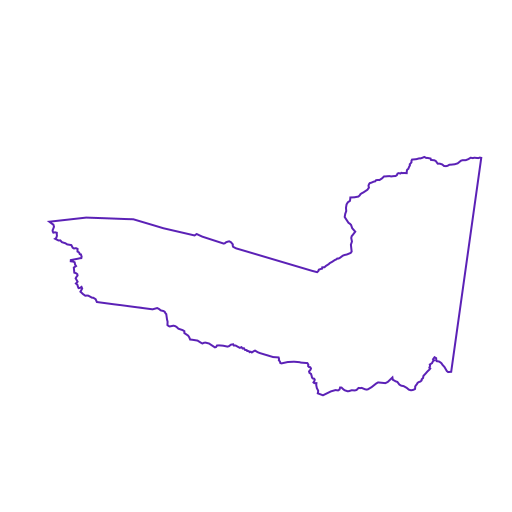 outline of São João da Baliza, Roraima, Brazil, rotated 278°
{"feature_id": "56859067B56754764067741", "entity_name": "São João da Baliza", "entity_type": "district", "adm_level": 2, "iso_a3": "BRA", "parent_name": "Brazil", "parent_adm1": "Roraima", "projection": "natural_earth1", "projection_center": [-59.862, 0.77], "detail": "fine", "context": "isolated", "style": "outline", "palette": "violet", "viewbox_px": 512, "rotation_deg": 278, "n_neighbors": 0, "source": "geoboundaries", "source_scale": "gbopen_adm2", "svg_char_len": 4651}
<svg xmlns="http://www.w3.org/2000/svg" viewBox="0 0 512 512"><g transform="rotate(278 256 256)"><path d="M384.5,465.4L384.6,463.9L383.9,462.6L383.8,460.9L383.7,458.5L383.1,457.1L383.2,454.9L381.4,452.7L380.1,450.4L379.6,447.2L378.9,445.7L375.8,442.8L374.5,440.0L373.6,436.5L373.3,434.8L372.0,433.2L371.4,431.6L371.3,429.7L372.6,427.6L373.0,425.3L372.7,423.1L375.0,420.9L375.6,419.4L375.5,415.9L376.8,415.3L377.0,412.3L376.8,410.9L377.5,408.9L376.3,406.9L375.5,405.2L375.4,404.0L374.2,401.3L373.2,397.1L372.0,396.7L370.4,396.9L369.2,396.2L368.2,395.5L367.1,395.8L365.6,395.2L363.5,394.7L362.5,393.7L361.2,393.5L359.0,393.7L358.8,391.1L358.5,389.8L358.6,388.3L357.8,387.6L357.9,385.7L357.3,384.7L355.6,384.2L354.6,383.0L354.2,380.9L353.6,378.8L353.7,377.2L353.3,375.1L352.9,373.5L352.6,371.7L350.4,370.0L348.4,367.7L348.3,366.3L347.8,364.4L346.5,363.6L346.0,362.2L344.7,360.1L344.0,358.5L342.8,357.9L341.3,357.6L339.4,358.3L337.1,357.1L333.9,353.5L332.7,351.8L331.6,350.7L330.5,350.3L329.1,349.1L327.8,345.2L327.1,341.3L325.0,341.4L323.6,341.3L322.0,339.5L319.7,338.5L316.2,338.4L313.1,339.1L310.2,338.5L307.0,338.4L305.9,339.3L301.7,343.0L301.0,344.5L300.0,345.8L296.9,347.4L293.9,350.9L290.4,348.9L289.0,348.0L287.1,347.8L283.7,349.0L280.4,348.4L273.7,350.1L272.2,349.3L270.1,345.7L269.3,343.5L268.4,341.9L266.0,339.5L265.0,338.2L264.8,336.8L263.9,336.1L262.9,334.5L260.9,332.3L259.8,330.8L259.1,329.9L258.1,329.2L255.8,326.5L254.4,325.4L254.0,323.2L252.7,323.2L252.1,321.8L251.2,320.1L249.9,319.9L248.5,318.8L249.1,313.6L257.8,255.5L259.2,246.1L260.8,235.2L261.9,232.1L263.0,231.5L264.3,231.4L266.2,229.2L266.8,227.4L266.3,226.1L265.5,224.5L264.3,223.4L263.8,222.3L267.7,200.1L269.5,194.2L267.8,192.3L270.6,160.4L272.1,150.7L275.3,129.4L274.4,121.3L273.8,115.3L272.3,100.5L270.4,82.5L261.2,46.6L259.5,49.6L258.9,51.0L256.8,51.9L254.7,51.4L253.2,51.0L251.8,51.4L250.9,52.1L251.5,53.7L251.3,55.5L249.7,55.7L248.7,56.0L247.6,56.0L245.8,55.5L245.1,54.7L243.9,58.2L244.2,60.1L242.7,61.8L242.1,65.5L241.2,67.4L241.1,71.6L238.7,73.3L238.1,74.7L238.7,76.6L238.2,78.3L235.6,78.6L234.8,80.4L233.3,81.2L233.2,82.4L231.1,83.4L229.6,83.3L229.2,81.7L228.6,80.2L226.2,73.2L225.0,73.3L225.0,75.9L224.5,77.3L222.4,78.0L221.0,79.2L219.2,77.2L214.2,78.4L213.8,80.5L213.1,81.6L211.8,82.0L210.5,81.2L208.8,80.5L205.7,82.9L203.7,81.5L202.7,83.1L200.5,84.1L199.5,84.8L200.0,86.3L201.1,87.5L199.6,88.4L198.0,87.8L196.2,87.1L195.0,88.9L194.3,89.8L192.9,92.5L193.3,94.0L193.4,95.4L191.9,99.4L192.0,100.7L190.9,103.2L188.3,104.8L188.3,107.3L188.4,122.2L188.5,127.9L188.8,161.0L190.7,165.4L190.0,167.4L188.9,169.2L188.6,172.1L188.0,173.4L186.7,174.3L186.0,175.2L180.8,176.7L178.6,177.6L175.3,177.9L174.5,179.2L174.2,180.3L175.5,184.0L175.3,185.7L174.7,187.2L173.2,189.3L172.4,193.6L171.6,195.5L169.7,195.8L167.7,199.9L166.2,201.2L164.1,202.4L164.2,204.3L164.1,209.9L162.5,213.4L161.9,215.1L162.8,216.5L163.2,218.0L162.8,221.7L160.6,226.3L159.8,228.0L160.3,229.1L162.0,229.9L162.4,232.4L162.6,235.9L162.3,240.4L163.0,241.9L163.9,242.7L164.7,243.5L165.4,245.7L164.3,246.4L164.5,248.3L163.7,250.3L162.8,252.8L163.7,254.3L162.5,255.6L163.0,256.8L161.5,258.1L161.5,259.9L160.7,260.5L160.8,262.0L159.9,263.1L160.5,264.1L159.9,265.3L161.4,267.0L162.2,268.2L161.0,271.0L160.4,273.3L158.3,287.0L158.5,289.8L158.7,292.5L157.1,293.2L156.0,293.1L154.8,294.4L153.4,295.0L153.2,296.2L155.4,302.1L156.6,308.3L156.9,313.7L156.7,315.4L157.1,321.8L155.6,323.0L154.3,322.9L153.5,323.8L153.4,325.2L152.3,326.1L151.0,325.8L149.1,324.6L147.7,325.2L146.9,326.9L145.2,327.7L143.4,328.4L142.6,329.4L142.6,330.6L141.9,331.3L140.6,331.3L138.8,330.5L138.2,331.5L138.5,333.5L136.6,333.6L133.7,334.6L131.3,336.3L130.1,336.4L128.6,336.3L127.4,341.7L128.2,342.9L132.4,349.1L134.3,353.4L134.3,356.0L135.4,357.3L137.5,357.6L137.6,359.0L136.3,360.8L135.4,362.4L134.8,365.6L135.1,366.8L136.4,369.5L136.6,372.5L137.3,374.2L139.6,375.9L139.7,377.8L140.1,379.0L139.2,382.5L139.1,384.1L139.5,385.3L142.2,388.7L146.5,392.8L147.8,394.5L148.1,401.8L149.6,404.0L154.7,408.0L152.5,408.7L151.9,410.3L151.3,411.8L151.0,413.5L148.6,415.9L147.8,417.9L147.7,420.3L146.4,423.6L144.9,426.0L144.6,428.2L145.2,430.1L146.3,431.9L147.5,432.0L148.9,431.8L150.1,432.3L151.1,433.0L152.9,433.7L153.9,434.9L154.6,436.3L155.8,437.3L156.9,437.2L158.4,438.4L160.6,438.5L163.3,440.4L165.5,441.8L167.9,443.7L168.9,444.2L169.5,443.2L171.4,443.7L172.7,443.2L174.4,445.2L176.7,446.0L177.4,446.9L178.4,445.7L180.6,446.9L179.9,448.6L178.1,449.0L177.0,449.5L177.0,451.9L176.2,453.6L175.6,454.6L174.3,455.7L172.3,458.1L168.6,461.0L167.8,462.4L168.5,465.4L198.8,465.4L233.3,465.4L384.5,465.4Z" fill="none" stroke="#5b21b6" stroke-width="2"/></g></svg>